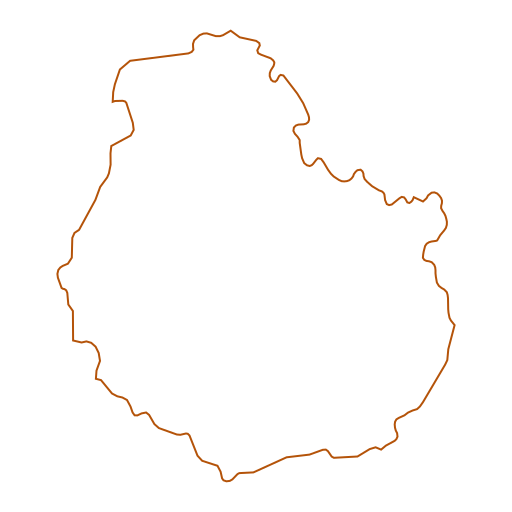 the Metropolitan department of Côte-d'Or
{"feature_id": "FRA-5282", "entity_name": "Côte-d'Or", "entity_type": "Metropolitan department", "adm_level": 1, "iso_a3": "FRA", "parent_name": "France", "parent_adm1": "", "projection": "orthographic", "projection_center": [4.917, 47.462], "detail": "fine", "context": "isolated", "style": "outline", "palette": "amber", "viewbox_px": 512, "rotation_deg": 0, "n_neighbors": 0, "source": "natural_earth", "source_scale": "10m", "svg_char_len": 3192}
<svg xmlns="http://www.w3.org/2000/svg" viewBox="0 0 512 512"><path d="M81.6,342.5L73.1,340.5L72.9,311.0L68.3,304.5L67.3,292.9L66.2,290.3L64.5,289.1L63.0,288.8L61.6,288.0L57.9,277.7L57.4,273.9L58.3,270.0L60.3,267.5L62.7,265.9L67.9,263.7L71.8,257.7L72.3,237.9L74.5,232.9L79.1,229.8L95.4,199.9L100.2,186.9L107.2,177.4L108.9,173.4L110.6,164.7L110.5,153.3L111.3,146.0L130.7,135.5L133.7,129.9L132.8,122.8L126.3,102.8L125.0,101.4L122.6,100.8L115.0,101.0L112.7,101.8L113.2,92.1L114.9,84.2L119.9,69.5L130.1,60.8L188.4,53.4L191.7,51.9L193.4,49.7L193.1,47.2L193.0,43.9L194.2,40.3L199.6,35.2L203.4,33.6L206.9,33.4L215.7,36.1L220.1,36.1L223.0,35.2L230.7,30.7L239.7,37.3L256.2,40.9L259.3,43.1L259.8,45.5L257.3,50.3L258.2,53.2L261.1,54.7L270.7,58.3L273.2,60.4L274.3,62.3L274.2,63.8L273.6,65.9L270.8,70.4L269.8,73.1L269.7,76.1L271.1,79.8L273.1,81.4L275.3,81.7L277.0,80.2L279.1,76.1L280.6,74.9L283.4,75.5L297.2,93.5L303.2,103.2L308.2,114.6L309.0,117.3L309.1,119.8L308.2,122.1L306.1,123.7L303.7,124.3L298.4,124.6L295.9,125.5L293.9,127.5L293.4,130.9L294.9,133.8L297.6,136.8L299.6,139.9L299.7,140.4L299.7,142.9L301.3,154.5L302.1,158.2L304.2,163.1L307.0,165.3L309.7,166.0L311.7,165.2L313.1,163.9L316.2,159.9L317.9,158.2L321.1,158.9L323.7,162.4L328.0,169.7L330.9,173.7L333.7,176.5L339.0,180.0L341.7,181.2L344.3,181.4L347.0,181.1L349.4,180.2L351.5,178.5L353.1,176.4L353.9,174.1L355.6,171.8L357.4,170.2L360.6,169.7L362.5,171.4L363.4,173.6L363.6,176.1L364.6,179.0L367.2,181.9L372.1,186.2L378.9,190.3L381.9,191.4L383.5,192.8L384.4,194.4L385.1,200.1L386.8,204.1L389.1,205.1L391.8,204.5L399.4,198.3L401.7,196.9L404.1,197.4L405.7,199.4L407.3,202.4L409.4,203.0L411.3,201.7L412.6,200.1L413.8,197.2L423.0,201.5L426.5,198.3L428.1,195.4L431.6,192.7L434.4,192.4L437.2,193.5L439.3,195.6L441.1,198.1L442.0,200.7L441.9,203.2L441.2,205.8L441.1,208.2L442.5,210.9L444.2,213.3L445.5,216.0L446.3,218.9L446.9,221.8L446.8,224.9L445.9,227.9L444.2,230.4L440.2,235.2L437.3,240.2L436.9,240.6L435.9,240.9L431.6,241.5L429.1,242.2L426.7,243.7L425.1,246.0L423.7,251.5L423.2,254.4L422.9,257.8L424.3,259.9L426.4,260.9L429.1,261.3L431.7,262.2L434.2,264.8L435.2,267.4L435.5,270.2L435.5,273.3L435.9,277.0L436.9,282.6L438.9,285.9L441.6,288.0L444.2,289.5L446.8,292.2L447.6,294.9L448.0,298.1L448.2,309.3L448.5,312.7L449.5,317.8L450.9,320.5L454.6,325.1L448.3,349.2L447.3,360.1L445.1,364.7L423.0,402.1L419.9,406.5L417.1,409.1L412.6,410.5L408.0,412.6L404.5,415.3L398.8,417.9L396.4,419.4L395.1,421.7L394.7,424.4L395.0,427.7L395.8,430.6L397.1,433.1L397.5,436.6L396.4,439.1L394.7,440.8L385.9,445.6L381.1,449.6L375.6,447.3L369.7,449.1L357.5,456.5L333.9,457.8L331.7,456.6L327.9,451.1L325.8,449.6L322.8,449.8L309.5,454.6L286.6,457.3L253.4,472.4L239.5,473.1L238.5,473.5L237.4,474.2L232.4,479.4L229.8,480.9L226.4,481.3L223.5,480.3L222.1,478.4L220.6,471.7L217.5,465.8L202.2,460.8L197.5,455.7L189.5,435.5L187.8,433.8L186.0,433.5L180.3,434.8L176.8,434.5L158.9,428.1L154.4,424.1L149.1,414.9L146.1,412.5L141.6,413.4L137.4,415.4L134.6,415.3L132.6,412.5L130.5,406.5L127.0,400.0L122.4,397.5L117.3,396.3L112.0,393.5L101.0,380.1L95.9,378.8L96.5,370.6L100.0,360.9L98.7,353.0L95.6,346.7L91.2,342.8L86.4,341.4L81.6,342.5Z" fill="none" stroke="#b45309" stroke-width="2"/></svg>